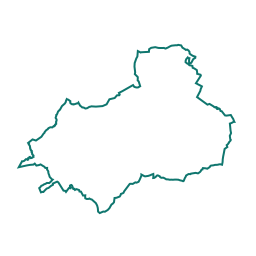 Valea Danului, Arges, Romania, rotated 275°
{"feature_id": "2599482B29743473178057", "entity_name": "Valea Danului", "entity_type": "district", "adm_level": 2, "iso_a3": "ROU", "parent_name": "Romania", "parent_adm1": "Arges", "projection": "natural_earth1", "projection_center": [24.617, 45.19], "detail": "fine", "context": "isolated", "style": "outline", "palette": "teal", "viewbox_px": 256, "rotation_deg": 275, "n_neighbors": 0, "source": "geoboundaries", "source_scale": "gbopen_adm2", "svg_char_len": 5521}
<svg xmlns="http://www.w3.org/2000/svg" viewBox="0 0 256 256"><g transform="rotate(275 128 128)"><path d="M210.7,155.5L210.4,151.4L210.9,148.1L209.9,144.1L208.4,142.2L207.7,142.2L205.7,142.2L205.5,140.9L205.2,138.7L204.8,136.0L204.6,134.5L204.3,134.1L204.7,133.1L205.1,132.1L205.5,131.1L202.1,131.1L200.0,131.1L198.0,130.2L193.3,129.0L189.7,129.1L184.1,130.3L182.3,130.1L179.7,133.2L178.8,133.4L178.4,133.4L177.7,133.4L176.2,133.5L175.7,134.2L175.3,134.6L170.7,136.5L169.3,134.5L169.2,134.0L169.1,132.8L169.5,130.7L171.2,129.3L164.1,119.0L162.2,115.9L160.6,116.8L159.9,116.5L159.6,114.2L156.7,112.1L155.0,107.0L149.7,104.6L147.6,100.7L146.5,94.2L146.4,90.5L146.4,89.6L146.0,88.8L145.7,87.6L145.1,86.9L144.1,85.4L143.7,83.8L144.5,82.1L144.5,80.6L145.1,79.9L145.6,79.1L146.3,78.1L147.2,77.7L148.4,76.7L149.0,76.4L148.1,75.8L148.1,75.0L147.7,74.2L146.7,71.8L147.0,71.2L146.7,70.4L146.8,70.1L147.5,68.8L148.0,68.3L148.9,68.2L149.7,68.2L150.6,66.7L151.0,66.1L151.2,65.0L151.5,64.5L150.4,64.1L149.8,63.9L149.1,63.8L148.7,63.7L148.3,63.7L146.8,62.9L146.4,62.5L144.1,60.3L142.5,59.6L141.1,59.0L140.3,58.6L140.2,58.3L139.8,58.2L139.1,57.6L138.5,57.0L138.0,56.8L136.1,56.3L135.1,55.9L134.6,55.3L133.9,55.5L133.0,55.3L132.2,55.0L131.4,55.2L130.8,55.8L129.9,56.2L129.0,56.2L128.3,55.8L127.7,56.0L126.9,55.8L126.2,56.1L125.8,56.1L125.3,55.3L125.0,55.1L124.7,54.9L124.3,54.9L124.1,55.1L123.7,54.8L123.3,54.4L123.5,54.0L123.5,53.9L122.9,53.3L122.2,52.9L122.0,52.6L122.0,52.1L122.0,50.9L121.9,50.6L121.6,49.9L121.1,49.2L121.0,48.9L120.3,48.3L119.8,48.2L119.4,47.7L119.1,47.1L118.4,46.5L118.1,46.3L117.8,46.1L117.0,45.5L116.6,45.3L116.1,45.3L115.9,45.1L115.6,44.9L114.9,44.3L111.7,42.5L107.5,37.4L108.3,33.9L104.4,29.8L104.0,30.2L103.7,30.7L103.2,30.5L102.9,30.6L102.4,31.2L101.8,31.7L99.7,32.3L99.7,32.2L99.2,32.3L98.7,32.4L97.9,33.1L97.5,33.1L96.9,34.0L96.7,33.9L96.1,33.9L95.8,34.3L95.5,34.1L95.1,34.5L94.7,34.5L94.0,34.9L93.4,34.9L92.4,36.2L91.9,36.0L91.7,36.1L91.0,36.4L90.5,35.4L90.2,35.4L89.7,34.6L89.5,33.5L90.1,33.3L90.3,33.2L90.5,33.0L90.4,32.9L90.5,32.4L90.0,32.3L89.6,31.8L89.1,31.4L89.1,31.1L88.8,31.1L88.3,31.4L87.9,31.4L87.5,30.9L87.8,30.0L88.1,30.0L88.1,29.1L87.1,28.2L86.4,27.7L86.0,27.0L85.6,26.1L85.6,25.3L85.0,25.1L79.4,22.6L80.4,25.7L81.9,30.5L82.7,33.5L83.3,37.0L84.4,38.2L82.6,40.0L83.3,42.5L84.1,44.1L82.8,46.6L82.1,48.1L81.0,49.1L81.2,50.9L79.5,51.0L78.7,51.8L77.8,52.4L76.6,52.5L75.3,53.0L74.0,53.7L72.7,54.1L72.1,54.6L70.1,56.9L70.0,57.4L67.6,55.6L66.3,54.3L66.2,52.0L65.2,50.7L64.6,49.3L63.4,47.9L62.9,46.7L61.4,45.8L60.4,44.8L57.8,46.1L56.3,46.9L56.9,48.3L56.9,49.3L58.5,50.5L60.6,52.3L61.4,54.1L63.6,56.3L64.9,58.2L66.1,58.0L68.4,62.1L67.8,63.3L60.0,69.2L59.9,71.0L58.9,71.8L61.7,73.5L62.4,74.0L63.0,74.3L63.3,75.0L62.9,75.8L63.0,76.1L63.6,76.2L64.1,75.6L64.8,75.2L65.5,75.2L66.0,75.7L66.3,76.6L65.6,77.4L64.7,77.8L63.7,78.3L63.1,78.5L62.5,78.8L62.4,79.3L62.6,79.5L62.6,79.8L62.7,80.0L61.7,80.6L62.6,82.1L61.9,84.7L60.5,85.2L60.5,86.7L56.8,89.1L57.2,91.3L55.7,91.3L54.2,91.6L53.7,93.2L53.9,94.8L54.4,95.7L53.9,96.6L53.6,98.2L50.4,102.5L48.1,104.0L45.6,104.9L42.1,105.5L40.8,107.3L42.6,110.6L42.6,112.3L44.6,115.0L46.7,116.6L48.8,117.5L50.3,118.2L51.4,119.5L52.8,120.5L57.1,120.7L57.5,122.6L58.5,124.7L59.0,125.7L60.1,126.3L61.7,126.7L62.6,128.6L63.1,129.2L64.6,129.7L72.3,134.5L72.5,134.7L72.7,135.7L72.7,137.6L74.4,139.9L74.5,140.2L74.3,140.9L74.3,141.3L75.3,143.2L77.4,144.1L79.2,144.7L81.6,145.5L82.8,145.4L82.5,146.1L81.5,148.4L81.3,149.2L82.0,152.2L82.7,153.9L83.6,155.5L84.4,157.2L82.5,157.5L80.4,157.5L80.6,158.5L81.0,158.9L81.3,159.5L81.9,160.0L82.8,160.7L83.1,160.9L83.4,161.8L82.6,163.9L82.1,164.1L81.8,164.4L81.6,164.9L81.3,165.5L81.4,166.1L81.6,167.5L81.1,168.8L80.7,169.6L80.2,170.6L80.3,172.4L80.1,173.8L80.3,175.9L80.4,177.5L80.7,179.2L80.9,182.5L80.4,184.5L80.1,186.7L79.8,187.4L79.9,187.9L80.7,188.3L81.8,188.6L83.1,189.0L84.7,189.8L85.7,190.0L87.4,192.3L87.5,194.3L88.0,194.6L89.2,199.3L88.9,201.7L89.5,202.5L90.2,203.2L90.4,203.5L90.8,203.8L91.3,204.2L92.2,204.5L92.7,204.8L93.0,205.3L93.2,205.8L93.9,205.8L94.6,206.1L94.6,207.8L94.6,209.0L94.4,210.2L94.4,210.7L95.2,211.5L95.8,212.4L96.2,212.8L97.5,213.5L97.8,214.0L98.3,216.5L98.9,218.0L99.0,219.3L99.3,220.9L99.7,221.8L99.9,223.1L99.6,224.9L102.3,225.2L105.1,225.1L108.1,225.3L111.6,225.7L115.6,226.1L117.7,228.6L119.5,227.8L120.6,228.9L122.1,229.8L122.4,229.7L124.5,231.3L125.2,231.4L125.6,230.9L129.1,230.1L130.7,230.7L131.9,231.1L134.3,230.4L141.3,229.1L141.8,230.3L142.6,231.6L143.4,232.7L143.4,233.4L144.9,232.6L146.2,232.0L148.0,230.6L149.9,229.3L149.3,226.7L148.9,224.9L149.0,223.5L152.9,219.9L153.0,218.7L154.9,217.8L155.3,217.2L155.4,216.2L154.7,215.9L154.7,215.1L155.6,214.2L156.2,214.8L156.6,214.0L156.2,212.3L156.9,211.5L159.1,207.1L158.2,205.1L164.8,194.1L171.3,196.8L173.0,197.0L175.9,198.0L178.5,191.8L186.5,196.0L187.4,195.6L188.0,192.2L189.2,192.1L191.7,191.5L193.2,188.7L193.6,187.2L194.4,187.0L195.4,186.8L195.7,185.8L195.8,185.1L195.8,184.1L195.9,183.7L197.3,182.0L197.4,181.3L198.6,179.6L200.2,179.6L201.8,180.1L203.4,181.3L202.9,181.6L202.9,183.1L200.8,182.9L198.4,183.2L198.0,183.3L198.0,184.3L198.4,185.3L199.2,185.7L202.3,187.0L203.7,188.9L204.9,188.9L205.5,186.4L206.3,184.7L207.5,182.9L209.3,182.6L210.6,181.4L211.3,180.0L210.8,178.9L211.5,177.8L212.0,176.8L212.4,176.1L212.7,175.3L214.9,173.8L215.1,171.7L215.2,170.7L214.7,169.8L214.5,167.7L213.8,164.2L213.1,162.9L211.4,160.4L210.9,159.3L210.5,158.8L210.4,158.2L210.7,157.5L210.9,156.8L210.7,155.5Z" fill="none" stroke="#0f766e" stroke-width="2"/></g></svg>